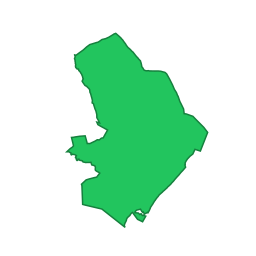 Francisco León, Chiapas, Mexico, rotated 67°
{"feature_id": "50627088B381866227431", "entity_name": "Francisco León", "entity_type": "district", "adm_level": 2, "iso_a3": "MEX", "parent_name": "Mexico", "parent_adm1": "Chiapas", "projection": "orthographic", "projection_center": [-93.285, 17.291], "detail": "fine", "context": "isolated", "style": "filled", "palette": "green", "viewbox_px": 256, "rotation_deg": 67, "n_neighbors": 0, "source": "geoboundaries", "source_scale": "gbopen_adm2", "svg_char_len": 4913}
<svg xmlns="http://www.w3.org/2000/svg" viewBox="0 0 256 256"><g transform="rotate(67 128 128)"><path d="M159.4,186.8L161.6,192.8L163.0,192.9L180.6,199.6L182.1,197.7L192.4,183.7L218.3,169.5L216.5,169.6L215.2,168.7L214.4,167.9L213.8,167.2L213.5,166.8L212.7,165.9L212.0,165.3L211.6,165.1L211.1,164.7L210.6,164.0L210.1,163.1L209.8,162.1L209.6,161.7L209.4,160.8L209.1,160.2L208.8,159.9L208.2,159.0L207.8,158.3L207.6,157.6L207.5,156.8L209.9,156.3L215.4,155.0L215.8,154.9L220.0,151.2L216.1,146.1L214.8,147.6L214.7,147.5L214.2,147.2L214.3,148.8L213.5,149.2L212.5,149.2L212.0,149.5L212.3,150.9L210.3,151.7L208.7,154.7L208.1,154.5L207.8,153.8L207.1,152.8L207.0,151.9L207.6,148.2L208.7,148.1L210.0,147.9L211.5,147.4L211.5,147.0L211.4,146.7L213.6,146.5L213.6,145.6L213.2,142.6L213.7,142.6L213.5,142.3L213.2,141.9L212.7,141.2L212.2,140.6L210.8,139.1L209.8,138.2L208.1,135.6L207.4,134.5L207.1,134.2L206.7,133.7L206.5,133.4L206.4,133.2L206.0,132.6L205.7,132.3L205.6,132.1L205.3,131.4L204.8,130.7L204.7,130.7L204.2,129.7L203.6,128.7L203.3,128.3L203.0,127.4L202.9,127.3L202.8,127.2L202.7,126.9L202.0,125.8L201.9,125.7L201.6,124.9L201.4,124.3L201.0,123.1L200.9,122.8L200.6,121.9L200.5,121.5L200.2,120.9L200.1,120.6L199.9,120.2L199.8,119.8L199.7,119.4L199.5,118.7L199.3,118.2L199.1,117.8L199.0,117.4L198.9,117.1L198.8,116.8L198.6,116.3L198.5,116.0L198.4,115.6L198.2,115.1L197.6,114.2L197.5,113.5L197.3,113.0L197.3,112.9L196.9,112.1L196.7,111.1L195.7,109.3L194.7,106.9L193.6,104.9L192.2,102.0L191.1,99.5L189.7,96.9L189.3,96.0L188.5,94.1L186.6,90.3L184.3,90.1L184.2,89.7L182.4,89.0L181.0,87.3L179.7,85.3L178.2,81.9L177.3,78.5L174.2,75.1L173.8,74.7L177.5,70.4L163.2,56.4L157.0,58.0L146.8,62.1L142.6,63.7L138.0,68.7L137.8,69.0L137.1,70.1L136.8,70.7L136.4,70.6L133.9,69.9L132.3,69.4L126.6,69.7L123.7,69.9L118.3,69.5L117.2,69.7L115.5,69.6L114.2,69.6L110.6,70.2L109.0,70.2L108.7,70.2L106.7,70.2L105.8,70.2L99.6,70.6L95.8,71.0L93.2,71.3L91.2,72.3L89.9,74.0L88.6,75.6L87.2,78.2L86.2,80.7L85.7,81.8L83.9,85.9L83.2,86.8L83.1,87.0L82.7,88.4L82.5,88.8L81.5,90.1L81.2,90.5L78.9,90.9L78.5,90.9L76.6,91.4L75.8,91.0L72.9,90.5L72.1,90.5L71.2,90.3L70.9,90.4L70.1,90.7L68.2,91.4L67.9,91.4L66.8,91.7L66.3,92.0L64.4,92.6L63.7,92.8L62.8,93.0L61.5,93.4L60.4,93.6L58.9,94.4L56.6,95.2L54.7,96.1L54.1,96.5L51.4,97.2L50.7,97.3L49.7,97.4L46.5,98.2L44.8,98.5L43.6,99.0L43.1,99.2L42.1,99.4L41.3,99.8L41.0,100.0L40.4,100.2L36.1,102.3L36.0,104.4L36.2,105.1L36.8,109.3L36.9,109.6L37.0,113.9L36.8,114.8L36.6,116.4L36.4,117.0L36.4,117.4L36.6,118.3L37.3,121.8L37.3,122.0L37.1,123.0L36.6,127.6L36.6,127.8L36.3,130.3L36.3,130.6L37.2,134.4L38.7,138.7L39.9,144.0L40.0,144.4L40.5,146.4L40.7,147.2L40.8,148.2L40.8,148.3L40.2,148.3L39.3,148.4L39.8,148.6L40.2,148.6L40.7,148.6L41.4,148.7L42.0,149.0L42.5,149.4L42.9,149.8L43.0,150.0L43.7,150.2L44.4,150.1L44.8,150.1L45.1,150.3L45.5,150.6L46.0,150.6L46.4,150.7L47.2,150.9L47.7,151.1L48.1,151.3L48.3,151.3L48.6,151.3L49.1,151.3L49.6,151.6L50.0,151.9L50.3,152.0L50.9,152.3L51.2,152.4L51.9,152.4L52.2,152.4L52.6,152.1L53.1,151.9L53.3,151.9L53.8,151.8L54.1,151.2L54.3,150.9L54.4,150.6L55.7,150.8L56.1,150.8L56.5,150.5L57.1,150.3L57.6,150.2L58.3,150.0L58.9,150.0L59.8,149.8L60.5,149.7L60.9,149.8L61.5,149.7L62.3,149.7L62.7,149.8L63.4,149.8L63.9,150.0L64.5,150.1L65.1,149.9L65.4,150.1L65.6,150.5L66.0,150.8L66.3,151.2L66.5,151.4L66.7,151.6L66.9,151.9L67.2,151.9L68.5,151.7L70.5,151.3L70.9,151.2L71.6,151.1L72.3,150.8L73.0,150.2L73.3,149.8L74.3,149.5L76.4,148.6L78.0,148.3L78.8,148.7L79.5,148.8L80.4,149.1L81.2,149.0L82.0,149.0L85.3,149.5L85.9,149.5L86.0,149.5L86.9,149.7L87.0,149.7L87.3,149.8L87.8,149.8L88.5,149.9L90.9,151.2L92.0,150.3L93.5,150.5L97.5,150.9L99.9,150.9L103.5,151.5L106.2,152.6L106.8,152.6L109.2,152.3L109.6,152.3L112.2,152.2L110.4,154.4L113.1,154.4L115.0,153.0L121.9,147.6L123.6,149.8L124.1,150.5L126.4,153.4L127.4,154.6L127.2,155.2L127.2,155.6L127.0,156.2L127.0,156.7L127.1,157.1L127.3,157.6L127.7,158.9L127.5,159.7L127.1,160.2L126.8,161.0L127.0,162.0L127.1,162.7L127.2,163.4L127.2,163.6L127.3,165.9L127.3,166.2L127.4,168.3L127.5,169.3L127.3,169.4L126.9,170.2L126.4,171.6L124.5,171.3L118.5,170.5L116.9,175.2L116.8,175.4L115.5,180.5L115.3,181.6L114.6,183.7L120.8,184.7L123.2,185.2L123.8,186.4L124.1,187.6L124.1,187.9L124.5,189.6L126.0,193.6L126.8,191.7L127.7,191.1L128.0,190.9L128.5,190.3L130.1,190.8L130.3,190.8L130.7,190.4L130.4,189.5L131.8,187.3L133.3,186.3L134.4,187.8L135.0,187.9L135.5,187.4L137.0,187.9L137.8,187.7L138.0,187.6L138.1,186.9L137.2,186.2L137.5,185.3L138.6,185.2L139.0,184.9L139.2,184.6L139.4,184.1L140.1,183.2L140.3,182.9L140.6,183.0L141.0,182.7L141.4,182.8L141.9,182.4L142.1,182.0L142.6,181.3L143.1,180.7L144.6,177.1L145.1,175.5L146.7,175.7L147.8,175.8L148.8,174.5L149.3,173.9L150.3,173.2L151.7,173.5L153.2,174.3L154.2,174.5L155.2,174.0L156.2,173.3L157.4,172.2L158.5,171.6L160.6,175.4L161.0,176.0L160.6,177.8L159.7,183.9L159.4,186.8Z" fill="#22c55e" stroke="#15803d" stroke-width="1.5"/></g></svg>